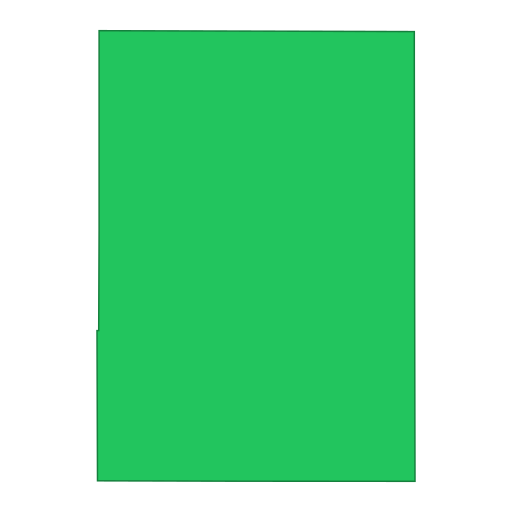 the district of Lancaster, Nebraska, United States of America
{"feature_id": "52423323B49872749946321", "entity_name": "Lancaster", "entity_type": "district", "adm_level": 2, "iso_a3": "USA", "parent_name": "United States of America", "parent_adm1": "Nebraska", "projection": "robinson", "projection_center": [-96.715, 40.785], "detail": "fine", "context": "isolated", "style": "filled", "palette": "green", "viewbox_px": 512, "rotation_deg": 0, "n_neighbors": 0, "source": "geoboundaries", "source_scale": "gbopen_adm2", "svg_char_len": 289}
<svg xmlns="http://www.w3.org/2000/svg" viewBox="0 0 512 512"><path d="M97.0,330.6L97.5,480.8L242.8,481.2L415.0,481.3L414.6,281.5L414.6,256.5L414.3,56.6L414.3,31.6L317.5,31.3L100.8,30.7L99.1,30.7L99.1,230.7L98.7,330.6L97.0,330.6Z" fill="#22c55e" stroke="#15803d" stroke-width="1.5"/></svg>